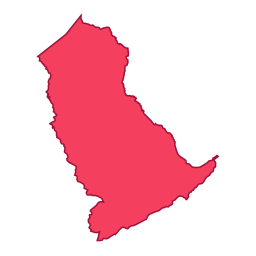 Loreto, Loreto, Peru
{"feature_id": "86281439B27227740990867", "entity_name": "Loreto", "entity_type": "district", "adm_level": 2, "iso_a3": "PER", "parent_name": "Peru", "parent_adm1": "Loreto", "projection": "albers", "projection_center": [-75.325, -3.761], "detail": "fine", "context": "isolated", "style": "filled", "palette": "rose", "viewbox_px": 256, "rotation_deg": 0, "n_neighbors": 0, "source": "geoboundaries", "source_scale": "gbopen_adm2", "svg_char_len": 5723}
<svg xmlns="http://www.w3.org/2000/svg" viewBox="0 0 256 256"><path d="M97.2,240.6L100.6,240.5L102.0,240.2L102.7,239.6L103.0,238.9L103.7,238.4L106.4,238.8L108.2,238.2L110.7,236.3L112.9,235.1L113.7,234.3L114.5,234.2L115.2,234.6L117.8,231.8L119.2,229.9L121.8,227.6L122.5,227.3L124.4,227.4L126.1,228.4L127.8,228.7L129.6,226.8L131.1,225.9L133.9,225.5L135.3,224.9L146.2,219.2L146.8,218.4L147.5,216.4L148.8,214.9L149.9,214.1L156.5,211.3L158.7,210.8L162.6,207.8L164.1,207.7L166.2,206.6L167.8,206.9L168.6,206.8L169.3,205.7L171.1,205.0L172.4,204.0L172.6,203.3L172.5,201.9L172.7,201.0L175.1,199.9L177.5,197.2L178.8,196.5L180.2,195.9L182.6,196.6L183.9,197.5L185.1,197.8L185.7,199.0L186.4,199.6L186.7,199.6L187.1,198.6L188.3,197.4L188.7,196.5L188.3,195.9L188.2,194.9L189.8,192.3L191.2,192.0L192.1,190.6L193.4,190.1L194.5,188.4L196.0,187.4L197.3,186.0L197.8,185.0L199.1,183.9L201.0,183.8L202.4,183.2L203.3,182.2L204.4,180.6L205.1,179.1L206.5,177.2L209.5,175.3L210.6,173.4L211.7,172.2L213.0,171.5L213.4,170.6L213.6,168.3L215.2,167.1L215.7,166.1L215.5,165.3L215.7,162.9L215.4,162.2L214.1,160.4L214.1,159.8L215.5,158.4L218.0,156.7L218.2,156.4L216.9,155.5L216.4,156.0L214.8,157.2L213.0,158.1L212.8,159.4L212.1,160.2L208.7,161.1L207.6,162.4L205.9,163.7L200.2,167.0L199.2,167.3L196.0,167.5L193.6,167.3L192.1,166.9L191.4,166.3L189.3,164.0L187.5,163.8L186.6,163.4L186.2,162.9L185.8,160.3L179.3,155.9L177.8,153.9L176.9,151.9L174.9,145.3L175.0,141.7L174.3,141.4L174.1,139.9L173.7,139.5L172.7,137.0L171.9,136.0L172.1,135.5L171.6,134.8L171.2,134.6L170.6,133.7L169.9,133.2L169.1,133.0L169.0,132.8L167.9,133.0L166.8,132.2L165.4,130.2L164.8,128.8L162.9,128.0L162.0,125.9L161.5,125.4L161.0,125.3L159.7,125.5L159.3,125.3L159.2,125.6L158.4,125.4L158.1,125.0L156.5,124.8L156.0,124.3L155.7,123.6L154.6,124.6L153.9,124.3L151.0,120.7L143.9,113.6L143.5,112.7L143.6,111.5L143.9,111.1L143.2,110.3L142.7,110.3L142.0,110.8L141.7,110.7L141.6,110.3L142.0,109.4L141.4,108.2L141.3,107.1L140.8,105.9L140.9,105.5L140.3,105.3L139.9,104.8L139.7,103.6L138.7,103.1L138.2,103.1L138.1,102.5L137.4,102.0L136.9,102.0L136.4,101.8L136.0,101.4L135.9,100.9L135.4,100.4L135.1,100.5L135.4,99.8L135.4,99.3L136.3,98.4L135.9,97.8L134.9,97.4L134.6,96.9L134.4,97.2L133.9,97.2L133.5,96.8L133.6,96.4L132.8,95.9L131.7,96.4L131.0,96.1L130.8,96.2L130.7,95.9L130.1,95.7L129.4,95.7L128.9,95.9L128.0,95.6L127.5,95.7L126.9,95.3L126.1,95.3L125.9,94.7L125.6,94.4L125.6,93.8L125.0,93.1L124.6,91.8L125.0,90.7L124.4,90.1L124.8,88.7L124.1,87.9L123.6,86.0L123.5,84.3L123.1,83.6L122.4,83.3L122.2,82.2L122.6,80.6L123.0,79.9L122.9,79.3L123.4,78.1L124.1,74.7L124.3,72.4L125.0,71.0L124.9,68.4L125.0,66.4L125.6,65.7L126.5,65.5L127.1,65.0L127.3,64.1L128.0,62.4L127.7,61.1L127.9,60.7L127.8,59.8L127.3,59.6L126.8,59.0L126.0,57.2L126.1,56.7L126.7,56.2L127.2,56.0L127.6,56.1L128.2,55.9L128.5,53.4L128.2,51.8L128.2,50.6L127.8,49.2L128.0,48.3L127.6,48.1L126.7,48.2L124.6,47.3L123.3,46.3L122.3,45.1L121.8,44.9L120.9,44.0L119.7,43.7L119.2,44.4L117.8,43.5L116.7,40.6L115.8,39.7L115.6,39.0L116.1,38.4L115.9,37.8L115.0,37.2L114.6,36.6L113.3,36.2L112.8,36.2L112.0,35.0L111.5,34.8L111.4,33.8L111.7,32.9L111.0,32.4L111.1,31.7L110.4,30.8L110.2,29.7L109.1,27.6L108.5,27.3L106.3,27.3L105.1,27.8L103.3,28.0L102.1,28.8L100.6,29.2L100.2,29.1L99.3,27.8L99.0,27.5L98.2,27.3L95.9,27.2L94.9,26.9L92.9,25.1L90.7,25.4L90.0,25.1L88.4,24.1L87.7,24.1L85.5,23.4L82.9,23.2L82.6,22.0L81.0,18.6L80.9,17.3L81.1,16.1L81.1,15.4L65.9,34.4L37.8,56.5L39.1,57.1L39.6,57.7L39.7,59.8L39.4,60.6L39.7,60.7L39.9,61.1L40.2,61.3L40.7,61.2L40.9,61.6L41.5,61.8L42.3,63.3L43.5,64.2L43.4,64.5L44.3,65.2L45.1,66.6L45.3,66.7L45.6,66.6L46.3,67.1L46.4,68.2L45.8,68.8L46.7,69.3L47.5,69.6L48.7,73.0L50.2,73.4L50.3,74.1L50.8,75.0L50.8,76.0L50.4,76.9L50.3,78.6L49.4,78.9L49.0,79.5L48.8,80.4L48.3,81.4L48.3,82.3L48.5,83.2L49.1,83.8L48.8,84.8L48.3,85.7L48.5,87.9L48.2,89.6L47.2,91.0L46.2,91.8L46.8,92.6L48.5,94.0L48.4,94.2L47.6,94.8L47.6,95.5L48.3,96.0L48.1,96.7L47.4,96.9L48.2,98.0L49.2,97.0L49.7,97.0L49.3,97.9L49.1,98.9L49.8,99.2L49.8,100.2L50.5,100.8L50.7,101.9L51.2,102.3L51.6,103.2L52.3,103.5L53.0,105.1L53.2,106.3L52.8,107.3L53.4,107.5L53.5,108.9L53.8,109.4L53.5,111.7L54.2,111.7L54.3,112.3L55.6,114.0L56.7,114.7L55.8,116.2L55.0,116.7L54.1,116.8L53.6,117.3L54.2,117.9L54.3,118.7L54.9,118.9L55.1,120.8L52.4,122.0L51.4,122.7L49.9,123.5L50.0,123.7L50.3,124.1L50.9,124.4L51.7,124.2L51.9,124.3L52.3,125.0L52.3,125.7L52.9,126.2L52.4,127.2L52.5,127.8L52.7,128.1L53.2,127.7L53.8,127.0L54.2,127.1L54.3,129.6L54.7,130.3L56.1,131.5L56.4,132.2L56.6,133.3L56.4,135.1L56.9,136.1L56.8,137.4L58.1,138.0L60.2,139.4L60.6,140.4L60.5,141.9L61.6,143.7L63.3,144.1L64.0,144.5L63.9,146.0L64.1,146.4L64.7,146.8L65.0,148.7L64.5,151.0L64.5,152.0L64.7,152.3L67.2,154.3L67.9,156.5L67.9,157.4L66.8,158.7L67.0,160.2L68.9,162.2L69.5,162.6L69.9,163.0L71.2,163.2L72.0,164.0L74.8,165.3L76.0,166.3L76.3,167.8L76.0,168.5L76.0,169.0L75.4,169.8L75.6,171.3L75.5,172.9L74.7,175.2L75.3,175.5L76.6,175.7L76.9,176.1L77.3,177.5L76.9,179.4L77.5,181.0L77.9,181.4L79.7,182.0L83.3,183.9L84.0,185.1L84.4,186.9L84.4,187.4L84.1,187.8L84.2,188.3L87.7,189.9L87.6,190.4L86.6,191.9L86.3,192.6L86.5,193.6L87.1,194.7L87.7,195.0L88.9,195.0L89.8,195.0L91.1,194.5L91.7,195.2L92.4,195.5L95.2,195.5L97.6,196.2L100.5,197.6L101.4,198.3L102.3,199.4L103.5,201.8L103.6,202.1L102.4,201.8L100.3,201.7L98.8,202.3L97.7,203.3L96.4,205.4L90.6,210.1L90.3,210.9L91.7,212.5L92.0,213.2L91.9,213.8L91.5,214.7L89.9,214.6L89.5,214.8L89.4,215.7L90.0,217.3L88.6,219.1L88.3,220.0L88.4,222.0L90.0,224.2L90.3,225.0L90.2,225.7L89.1,227.4L89.1,227.8L89.6,228.4L91.3,229.6L91.3,229.8L90.8,230.5L90.7,231.1L94.1,232.2L96.0,232.6L97.2,232.6L99.6,231.8L98.8,234.4L98.3,237.2L97.5,239.2L97.2,240.6Z" fill="#f43f5e" stroke="#9f1239" stroke-width="1.5"/></svg>